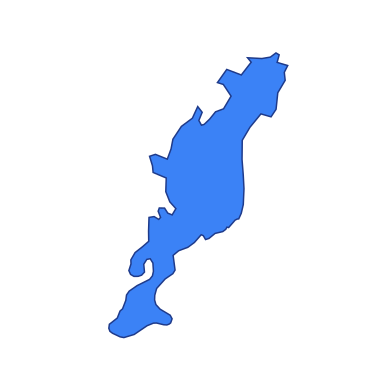 Yangikurgan, Namangan, Uzbekistan (Equal Earth projection), rotated 206°
{"feature_id": "79887680B90500403808249", "entity_name": "Yangikurgan", "entity_type": "district", "adm_level": 2, "iso_a3": "UZB", "parent_name": "Uzbekistan", "parent_adm1": "Namangan", "projection": "equal_earth", "projection_center": [71.694, 41.294], "detail": "fine", "context": "isolated", "style": "filled", "palette": "blue", "viewbox_px": 384, "rotation_deg": 206, "n_neighbors": 0, "source": "geoboundaries", "source_scale": "gbopen_adm2", "svg_char_len": 1611}
<svg xmlns="http://www.w3.org/2000/svg" viewBox="0 0 384 384"><g transform="rotate(206 192 192)"><path d="M187.7,342.6L200.9,337.0L195.7,334.6L199.0,318.8L214.5,317.4L217.1,301.5L211.0,302.4L198.9,295.3L200.1,280.6L206.0,274.4L208.1,265.2L210.7,258.1L212.8,256.2L217.2,259.3L217.8,268.1L224.3,271.3L224.0,258.5L230.3,246.3L232.3,231.1L229.7,221.5L228.6,210.7L241.4,209.8L245.8,205.5L239.0,198.2L235.5,192.5L221.3,193.3L215.7,180.8L207.6,173.4L199.2,170.0L199.8,162.7L204.5,162.4L209.6,165.5L214.4,163.3L214.0,159.9L209.1,155.4L209.9,152.8L215.3,153.3L219.5,150.3L213.9,137.8L209.3,128.7L212.6,120.9L216.6,112.6L217.2,104.2L215.3,100.6L214.3,93.7L211.1,91.0L207.2,90.7L203.4,92.6L200.8,95.2L199.6,99.2L203.7,105.9L203.1,111.6L200.3,113.7L196.0,111.0L191.9,103.8L190.8,99.2L191.8,94.9L200.3,83.8L205.0,75.4L205.7,70.7L204.0,65.6L203.2,56.5L204.5,53.5L203.9,46.0L208.3,36.9L207.0,33.0L204.7,30.8L201.5,30.2L193.1,30.3L189.4,31.3L181.5,38.6L173.7,52.2L169.2,57.2L166.4,58.7L159.2,60.3L156.3,61.5L154.6,63.3L153.8,65.0L154.3,69.3L157.6,71.7L169.3,72.7L175.1,75.0L178.3,78.6L180.2,82.9L181.5,89.8L178.0,102.1L173.4,110.2L173.0,114.4L181.2,126.8L178.2,133.4L171.4,140.6L167.7,147.7L165.0,157.6L162.7,157.7L159.0,155.2L156.4,157.7L153.1,164.9L147.0,169.9L145.3,173.2L145.2,175.7L143.5,176.1L140.9,185.7L139.4,187.6L138.2,188.3L138.4,194.5L140.4,203.2L146.7,217.7L153.3,229.6L161.3,243.2L169.5,260.5L168.3,275.5L164.3,292.4L153.9,294.2L152.7,303.2L158.4,318.8L157.2,333.2L161.5,340.0L161.4,347.6L172.3,345.8L173.8,353.5L177.5,353.8L180.7,347.6L187.7,342.6Z" fill="#3b82f6" stroke="#1e3a8a" stroke-width="1.5"/></g></svg>